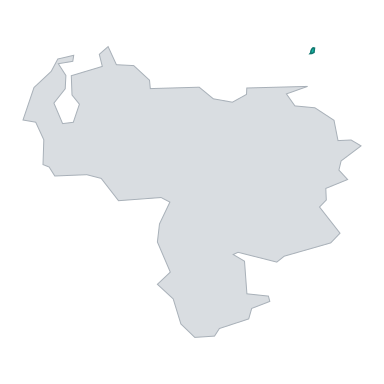 Grenada shown with its bordering countries
{"feature_id": "GRD", "entity_name": "Grenada", "entity_type": "country or territory", "adm_level": 0, "iso_a3": "GRD", "parent_name": "North America", "parent_adm1": "", "projection": "orthographic", "projection_center": [-61.703, 12.123], "detail": "fine", "context": "with_neighbors", "style": "filled", "palette": "teal", "viewbox_px": 384, "rotation_deg": 0, "n_neighbors": 1, "source": "natural_earth", "source_scale": "50m", "svg_char_len": 1124}
<svg xmlns="http://www.w3.org/2000/svg" viewBox="0 0 384 384"><path d="M319.5,207.0L340.0,233.2L330.7,242.9L284.2,256.2L276.8,262.1L238.0,252.3L233.2,254.5L244.5,261.2L246.9,293.8L268.4,296.1L269.8,301.4L251.7,308.4L248.7,318.9L219.4,328.5L214.5,336.1L194.8,337.4L180.9,324.0L173.2,298.9L157.4,284.3L170.3,272.1L157.4,242.0L159.5,223.9L169.9,202.1L161.0,197.5L118.5,200.7L101.2,178.4L86.8,174.7L54.8,176.0L49.1,167.0L43.0,164.6L43.8,139.8L35.7,122.2L23.0,120.0L34.0,87.5L51.2,71.4L57.8,59.0L73.7,55.3L72.8,61.3L58.3,63.7L65.9,75.5L65.2,88.8L53.9,103.1L62.6,123.6L73.3,122.3L79.4,104.2L72.0,95.0L71.3,75.7L102.3,66.4L99.3,54.3L108.1,46.6L116.4,64.7L133.7,65.6L149.5,80.2L150.3,88.6L199.2,87.2L213.3,98.8L232.4,102.2L246.5,94.4L246.8,88.0L307.6,86.4L286.4,93.9L294.9,105.9L314.9,107.8L334.0,120.3L338.0,140.6L351.1,140.0L361.0,145.9L341.1,160.9L338.9,170.1L347.6,179.5L325.8,188.4L326.3,200.0L319.5,207.0Z" fill="#d9dde1" stroke="#a8b0b8" stroke-width="1"/><path d="M311.8,53.5L310.1,53.6L310.8,52.7L310.9,51.1L311.8,49.1L313.1,47.8L314.5,48.1L314.0,52.4L311.8,53.5Z" fill="#14b8a6" stroke="#0f766e" stroke-width="1.5"/></svg>